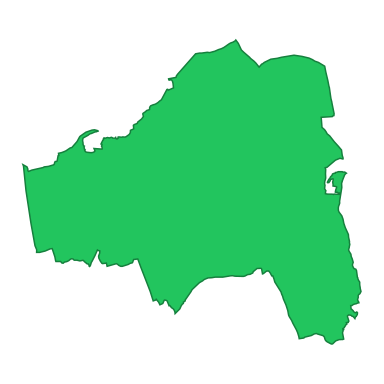 Valea Ursului, Neamt, Romania
{"feature_id": "2599482B92713698474517", "entity_name": "Valea Ursului", "entity_type": "district", "adm_level": 2, "iso_a3": "ROU", "parent_name": "Romania", "parent_adm1": "Neamt", "projection": "orthographic", "projection_center": [27.085, 46.792], "detail": "fine", "context": "isolated", "style": "filled", "palette": "green", "viewbox_px": 384, "rotation_deg": 0, "n_neighbors": 0, "source": "geoboundaries", "source_scale": "gbopen_adm2", "svg_char_len": 5958}
<svg xmlns="http://www.w3.org/2000/svg" viewBox="0 0 384 384"><path d="M330.9,98.4L329.3,87.2L329.0,86.6L327.8,80.4L325.8,72.0L324.7,66.2L318.4,62.4L314.7,61.1L312.6,59.7L309.1,58.1L302.0,56.4L294.0,55.2L281.3,57.3L277.3,58.3L270.8,59.2L264.3,62.4L262.6,63.8L261.7,64.1L259.1,67.1L255.9,63.1L253.9,61.1L250.5,58.4L249.7,57.4L243.8,52.3L241.4,50.0L238.3,43.4L235.8,40.0L235.1,40.9L232.9,42.2L230.8,42.9L229.3,43.7L224.0,47.4L221.4,48.7L218.5,49.6L214.9,51.2L209.7,52.6L207.2,52.3L201.5,53.1L199.5,53.1L195.6,53.8L177.7,74.1L176.4,75.9L176.0,77.4L168.6,78.8L168.8,79.9L169.4,80.1L171.2,79.8L171.8,80.2L172.5,81.4L173.0,83.3L173.5,87.9L168.4,90.1L168.1,90.0L167.7,89.3L166.9,89.5L161.4,99.8L159.7,101.0L157.8,102.7L155.3,104.2L153.1,104.8L150.7,105.8L150.0,106.7L149.6,107.8L149.6,109.3L149.5,109.6L146.7,110.5L145.3,111.8L143.1,113.3L142.8,113.9L143.4,116.5L141.6,119.0L138.0,121.8L137.5,122.6L137.4,123.2L137.1,123.5L134.2,124.6L133.4,125.3L133.7,128.9L130.5,130.3L130.4,130.7L130.4,132.3L129.7,133.8L128.9,134.7L126.2,136.6L125.1,137.1L122.7,136.9L121.9,137.2L120.3,137.1L118.8,136.9L118.0,137.2L118.2,138.1L117.0,139.0L116.1,138.7L115.7,137.5L115.3,138.0L114.5,138.2L112.7,138.1L112.2,137.6L111.3,137.3L109.3,138.0L107.5,137.5L105.3,138.2L104.1,137.9L104.1,138.5L103.4,138.8L103.4,139.8L102.9,140.1L101.0,144.0L102.0,144.4L102.0,145.0L101.5,146.1L102.0,147.0L102.2,148.4L102.0,149.1L94.0,148.5L95.0,150.9L94.0,152.0L93.1,152.4L91.1,152.7L86.5,152.2L85.7,151.8L84.7,150.6L84.7,150.2L85.1,149.8L84.4,149.1L84.4,148.4L84.1,148.0L84.2,147.7L84.0,146.4L84.3,146.1L83.6,145.7L82.9,144.0L83.1,143.3L82.6,140.7L82.9,138.5L83.3,137.9L88.0,135.3L89.8,133.9L91.4,133.5L95.3,131.8L95.9,131.9L98.1,131.1L97.9,130.7L94.6,129.8L92.0,130.1L85.9,132.2L80.2,136.2L79.6,136.9L77.1,141.5L71.9,147.5L70.1,148.0L66.0,150.8L64.0,151.7L61.6,152.6L58.5,153.3L58.8,155.4L58.4,155.4L58.1,155.7L57.1,161.0L56.7,161.4L55.2,161.5L54.7,162.4L54.2,164.3L53.7,164.8L48.4,166.4L44.1,166.9L43.3,167.5L31.8,170.1L28.6,171.4L27.9,170.7L27.8,168.9L27.0,166.9L23.0,164.7L23.5,166.1L26.0,190.7L31.0,223.5L35.0,245.7L36.7,249.8L36.6,252.4L39.6,252.4L45.2,251.0L50.1,248.9L52.2,248.6L54.9,256.9L55.6,260.7L55.9,261.5L60.6,261.5L61.9,263.0L63.2,263.2L64.4,262.1L66.8,261.6L68.7,260.7L70.3,259.3L71.5,258.8L73.0,259.0L74.2,260.2L74.5,260.2L76.9,260.2L79.9,260.9L83.0,260.3L83.5,260.6L84.5,261.7L87.2,263.9L88.4,264.0L88.9,264.8L89.1,266.1L89.6,266.5L90.1,266.0L90.5,265.2L91.3,262.5L92.1,261.2L94.9,255.7L97.4,250.0L97.9,250.4L99.8,250.9L99.7,253.1L98.7,255.8L98.6,256.6L98.9,258.3L100.5,261.4L101.9,263.3L102.6,263.6L106.4,263.1L107.1,266.3L116.3,263.7L117.6,264.3L118.7,265.3L120.7,266.3L122.4,266.3L128.4,264.4L130.0,263.4L132.3,262.8L132.6,262.4L133.6,259.5L137.8,259.0L140.9,267.4L148.0,285.7L150.3,291.7L153.2,300.9L155.8,300.0L156.2,299.3L158.6,302.1L159.9,304.8L162.8,303.5L164.2,300.3L164.8,300.0L166.6,300.5L167.1,300.9L169.1,305.8L169.7,305.6L170.2,305.9L171.4,307.6L173.2,308.8L174.1,310.0L174.9,311.9L175.1,313.6L179.8,308.9L181.2,305.8L182.5,303.9L183.2,303.6L183.5,302.9L183.4,302.1L185.2,300.9L185.2,300.0L190.9,291.8L192.1,289.6L199.5,282.6L202.7,280.8L203.6,279.9L204.9,279.2L208.1,277.9L211.9,277.7L215.3,277.1L222.9,277.1L230.7,275.8L232.5,275.7L235.1,276.2L243.4,276.4L245.0,276.0L247.6,274.6L250.1,274.3L252.3,273.2L252.9,272.8L253.0,272.0L253.8,271.2L257.0,268.5L261.0,268.3L261.6,268.9L262.5,273.9L263.4,273.6L266.5,271.1L268.7,271.0L270.2,272.9L271.8,275.9L272.8,275.9L274.0,279.0L274.8,282.0L281.0,291.9L281.7,294.2L282.6,296.2L283.4,299.0L286.0,305.0L287.8,310.6L288.6,315.1L289.3,316.7L291.6,320.4L292.9,323.3L296.4,329.8L297.6,332.6L298.8,336.5L299.2,338.7L303.8,338.0L304.9,337.1L311.4,335.5L314.3,333.9L316.4,333.5L317.5,334.0L322.9,335.6L324.2,336.7L325.2,339.8L326.0,340.9L327.1,341.8L331.3,344.0L332.6,343.9L335.7,340.9L339.2,339.6L342.8,339.5L343.7,339.1L342.6,333.4L342.6,332.2L343.0,331.2L342.9,329.4L344.0,330.2L343.1,328.6L344.4,327.5L344.7,326.5L345.4,325.9L345.8,324.8L346.9,324.0L346.4,322.6L348.2,322.4L348.4,321.7L348.8,321.3L348.7,320.5L347.5,316.8L347.5,315.8L348.7,314.9L351.0,315.3L352.1,316.3L353.2,316.5L354.9,318.6L355.4,317.0L356.2,316.4L357.3,314.5L357.5,312.8L356.8,312.0L355.5,312.7L354.9,312.6L353.6,311.6L353.2,310.8L351.6,309.2L351.1,309.0L350.7,305.6L351.8,305.6L353.0,304.7L354.3,304.1L356.3,303.7L358.1,302.8L358.8,302.9L358.9,302.3L357.9,300.7L357.6,299.7L357.8,298.6L358.2,297.7L358.2,295.6L358.6,294.7L359.9,293.7L361.0,291.5L360.3,288.7L360.1,286.9L359.9,286.2L359.7,284.3L359.7,282.1L358.5,280.2L357.9,278.8L357.8,277.8L357.4,277.3L356.5,270.6L355.8,269.2L354.0,268.6L352.8,266.4L352.5,265.5L352.5,264.4L353.2,262.3L352.2,258.8L351.2,256.4L350.9,254.2L349.2,251.4L348.7,250.2L348.7,249.1L349.2,247.7L349.3,246.7L349.8,244.5L349.4,242.4L349.5,241.4L348.6,237.3L348.4,234.5L345.3,227.7L343.8,223.3L343.0,219.1L341.8,215.8L339.1,212.2L338.4,210.5L338.3,207.9L338.7,205.8L339.1,205.0L339.7,203.1L339.6,201.2L341.8,187.5L341.6,183.4L342.6,180.1L344.6,175.0L345.4,173.9L346.4,173.2L344.8,172.1L342.8,172.1L342.3,171.7L338.2,171.7L336.9,172.3L335.4,172.5L335.3,173.2L333.8,173.4L332.5,174.0L332.0,175.4L330.5,176.9L329.6,178.8L329.0,179.1L327.5,181.9L327.4,182.5L327.6,182.7L328.8,182.6L330.0,181.1L330.7,179.5L332.6,178.8L333.1,178.9L333.2,180.1L332.7,182.0L333.1,184.7L333.0,186.0L335.7,186.5L336.6,186.9L336.6,187.6L335.6,190.2L335.7,190.7L335.4,191.4L335.4,192.2L337.5,192.3L338.1,192.9L339.9,193.0L339.6,194.4L334.1,194.1L333.7,194.5L332.7,194.2L327.3,194.1L325.4,193.7L325.6,191.5L325.9,190.8L324.6,188.7L325.0,185.2L324.6,184.0L324.7,182.0L324.9,180.7L325.2,180.1L325.7,178.0L325.5,173.7L325.7,169.6L325.2,167.7L327.0,167.3L335.5,160.1L339.9,158.3L342.9,159.0L343.1,158.2L342.2,155.2L341.5,150.0L338.4,146.3L334.3,141.8L329.7,135.9L327.2,133.9L326.0,131.7L324.6,129.7L322.0,127.4L321.2,117.3L332.3,116.6L332.9,115.9L333.9,115.6L334.1,113.7L331.9,102.8L331.8,102.0L330.9,98.4Z" fill="#22c55e" stroke="#15803d" stroke-width="1.5"/></svg>